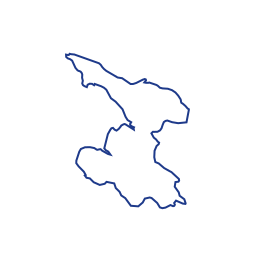 map outline of Gwynedd (Equal Earth projection), rotated 61°
{"feature_id": "GBR-2130", "entity_name": "Gwynedd", "entity_type": "Unitary Authority (wales)", "adm_level": 1, "iso_a3": "GBR", "parent_name": "United Kingdom", "parent_adm1": "", "projection": "equal_earth", "projection_center": [-4.085, 52.896], "detail": "fine", "context": "isolated", "style": "outline", "palette": "blue", "viewbox_px": 256, "rotation_deg": 61, "n_neighbors": 0, "source": "natural_earth", "source_scale": "10m", "svg_char_len": 2283}
<svg xmlns="http://www.w3.org/2000/svg" viewBox="0 0 256 256"><g transform="rotate(61 128 128)"><path d="M148.6,188.8L148.6,187.8L144.8,187.8L137.6,189.8L133.7,190.3L131.5,189.0L125.1,182.1L123.5,179.4L124.0,175.0L126.3,170.6L129.2,167.2L131.7,165.9L132.2,165.4L132.9,163.0L133.2,162.3L133.8,162.0L135.3,161.6L141.0,158.1L142.8,156.3L139.1,156.7L136.7,158.2L134.3,158.6L123.6,148.6L120.9,144.2L120.2,142.6L120.6,141.1L123.0,140.5L124.7,139.3L124.3,136.5L123.2,133.8L122.6,132.7L122.6,130.2L122.9,129.0L123.8,128.3L132.2,123.7L131.1,123.3L130.7,123.0L130.3,122.4L128.6,123.7L127.0,124.6L125.6,124.3L124.5,122.4L120.9,124.5L117.0,124.7L109.0,123.7L98.9,126.1L96.5,127.2L93.7,128.5L84.0,128.4L81.1,129.5L78.4,131.3L73.4,135.7L73.9,136.2L74.2,136.9L72.0,138.0L70.7,140.0L70.6,142.3L72.3,144.2L70.5,145.6L69.5,146.2L68.5,146.6L66.8,146.4L64.8,144.6L61.8,143.8L59.1,142.1L57.5,141.8L55.8,142.1L54.8,142.8L54.0,143.6L53.0,144.2L49.9,144.8L42.0,144.2L39.9,145.2L37.9,146.9L35.9,147.6L33.8,146.6L35.2,144.9L35.4,144.2L34.8,143.1L35.7,142.2L37.7,139.3L57.3,122.0L59.5,121.2L62.1,121.0L64.7,120.4L67.5,119.3L78.8,112.6L81.6,109.0L90.8,104.4L92.0,102.1L92.6,99.0L92.9,91.6L93.3,89.6L94.2,88.9L95.1,89.2L95.6,90.4L96.1,91.6L97.3,90.2L98.4,88.1L98.5,87.4L104.2,82.2L105.7,81.4L108.2,80.6L110.1,78.6L113.0,74.1L116.2,71.2L119.9,69.3L124.0,68.4L128.4,68.1L129.6,68.4L130.7,68.9L131.8,69.1L133.5,68.2L136.6,67.1L139.9,66.4L141.1,65.7L141.9,66.2L151.4,74.1L148.1,81.8L144.3,86.6L140.5,90.0L140.0,91.8L140.2,93.8L142.2,96.3L144.5,98.8L145.6,101.1L145.6,104.0L144.2,106.7L143.4,108.1L144.0,110.1L145.6,110.1L148.9,110.1L151.6,109.0L154.3,108.6L155.9,107.9L157.0,109.0L157.6,111.7L160.8,115.8L166.3,119.2L171.0,120.6L173.9,118.3L180.6,115.8L185.8,112.6L187.6,111.4L197.2,108.2L198.8,108.8L199.4,109.9L198.3,112.7L202.0,115.6L208.9,114.8L212.3,115.7L216.9,113.6L217.6,113.3L221.8,114.1L222.2,114.6L220.7,116.7L214.8,121.2L216.0,124.0L217.8,124.2L218.5,125.3L218.2,126.5L216.0,128.2L215.8,133.8L214.8,136.8L212.9,138.6L207.7,138.8L200.7,141.3L199.3,142.7L197.9,147.5L200.3,151.2L201.5,157.0L197.4,163.2L188.0,164.4L183.7,166.6L179.7,166.3L174.6,167.8L169.8,166.9L164.7,172.9L165.5,175.4L164.1,180.3L158.8,184.3L153.6,185.8L151.4,188.4L148.6,188.8Z" fill="none" stroke="#1e3a8a" stroke-width="2"/></g></svg>